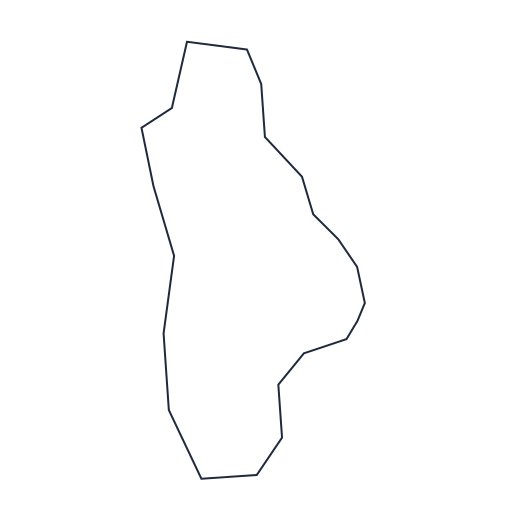 Eger, orthographic projection, rotated 356°
{"feature_id": "HUN-4920", "entity_name": "Eger", "entity_type": "Urban county", "adm_level": 1, "iso_a3": "HUN", "parent_name": "Hungary", "parent_adm1": "", "projection": "orthographic", "projection_center": [20.383, 47.928], "detail": "fine", "context": "isolated", "style": "outline", "palette": "slate", "viewbox_px": 512, "rotation_deg": 356, "n_neighbors": 0, "source": "natural_earth", "source_scale": "10m", "svg_char_len": 439}
<svg xmlns="http://www.w3.org/2000/svg" viewBox="0 0 512 512"><g transform="rotate(356 256 256)"><path d="M307.4,180.1L316.0,218.4L339.2,245.0L356.1,273.9L361.3,310.5L352.7,327.8L340.5,345.2L297.0,356.4L269.3,385.9L269.3,439.0L241.5,474.5L186.0,474.4L158.3,403.6L158.4,326.8L174.3,250.1L158.6,179.2L150.7,120.1L182.4,102.5L202.1,37.5L261.4,49.4L273.2,84.8L273.2,137.9L307.4,180.1Z" fill="none" stroke="#1e293b" stroke-width="2"/></g></svg>